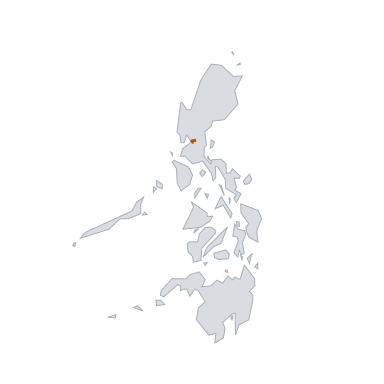 location of NCR, Third District, Valenzuela, Philippines, rotated 19°
{"feature_id": "2640588B11276327116073", "entity_name": "NCR, Third District", "entity_type": "district", "adm_level": 2, "iso_a3": "PHL", "parent_name": "Philippines", "parent_adm1": "Valenzuela", "projection": "mercator", "projection_center": [120.97, 14.71], "detail": "fine", "context": "in_parent", "style": "filled", "palette": "amber", "viewbox_px": 384, "rotation_deg": 19, "n_neighbors": 0, "source": "geoboundaries", "source_scale": "gbopen_adm2", "svg_char_len": 4915}
<svg xmlns="http://www.w3.org/2000/svg" viewBox="0 0 384 384"><g transform="rotate(19 192 192)"><path d="M178.6,62.6L193.4,69.3L201.7,65.9L199.5,82.4L206.8,93.7L199.1,113.1L188.4,118.3L188.7,123.7L184.4,130.9L190.4,142.9L189.1,146.1L191.8,154.6L200.7,159.4L200.4,155.0L208.9,151.5L215.0,154.2L218.3,163.1L222.2,161.4L222.6,156.8L232.5,161.3L232.3,163.7L227.2,165.3L232.5,172.9L231.9,176.2L239.0,177.7L237.3,187.2L233.7,184.7L235.1,180.1L222.5,177.5L219.5,169.4L208.3,159.9L205.7,160.3L209.7,170.4L208.4,174.5L203.9,167.8L192.0,159.3L183.4,165.2L173.5,160.4L169.4,162.0L169.0,154.2L175.4,144.8L168.4,140.0L168.5,148.1L165.5,148.7L161.8,141.8L158.4,140.6L152.3,111.7L153.4,110.2L159.9,116.0L164.1,114.7L163.9,83.0L168.7,64.8L178.6,62.6ZM265.3,244.1L279.6,253.7L281.9,260.2L278.6,267.4L283.1,269.6L284.9,275.3L287.3,294.4L279.6,302.3L279.6,313.1L272.3,292.7L269.6,294.1L263.5,305.5L267.6,310.0L269.2,319.7L262.8,327.3L260.6,317.9L254.5,321.8L237.7,311.2L235.8,299.5L240.2,291.4L229.5,283.0L226.1,283.2L224.0,291.2L218.2,285.3L213.2,288.8L212.2,284.9L208.7,284.1L199.3,300.4L195.7,300.0L195.0,295.4L201.3,280.4L214.5,276.2L217.3,270.6L224.9,265.2L233.1,270.7L232.2,278.4L240.1,274.7L244.2,267.3L250.6,268.1L253.4,259.8L258.8,261.9L260.1,258.7L265.9,259.0L265.3,244.1ZM222.7,253.8L216.2,258.1L213.6,252.9L207.6,249.6L204.4,242.7L205.8,239.9L213.4,237.4L212.7,229.0L216.0,221.3L221.4,219.1L226.4,220.5L227.6,223.4L219.5,241.9L222.7,253.8ZM260.7,188.0L266.6,194.9L265.7,207.0L270.6,218.0L260.6,216.1L256.7,212.1L254.3,207.7L255.9,203.5L245.0,195.6L242.0,187.2L260.7,188.0ZM194.8,201.7L213.1,206.9L214.2,210.1L219.4,208.2L218.7,213.2L211.7,222.5L195.5,230.2L198.5,206.0L194.8,201.7ZM125.7,254.1L101.6,272.0L104.2,265.0L141.4,229.5L143.0,219.5L147.9,212.6L147.4,219.9L150.6,229.1L140.7,237.9L132.6,240.9L125.7,254.1ZM164.7,167.9L180.6,169.6L187.0,175.7L187.3,185.8L181.3,194.3L175.1,188.4L169.7,175.0L163.5,170.0L164.7,167.9ZM247.5,212.1L254.6,211.4L256.5,214.7L256.2,223.3L261.3,233.0L258.8,235.3L255.7,231.8L256.5,238.5L251.6,235.8L251.7,223.4L249.3,219.8L245.0,220.5L242.7,208.2L247.5,212.1ZM223.6,250.2L224.0,239.8L236.9,213.5L236.2,231.1L230.2,236.6L223.6,250.2ZM247.9,243.5L238.6,247.2L234.9,246.7L232.5,242.8L242.8,235.9L247.6,238.6L247.9,243.5ZM221.0,186.9L236.9,199.4L237.0,203.8L225.7,194.3L219.4,200.3L221.0,186.9ZM243.1,165.5L239.6,167.6L236.9,164.9L240.6,156.4L244.4,160.7L243.1,165.5ZM202.9,307.3L195.6,311.0L193.1,306.1L197.6,304.5L202.9,307.3ZM154.5,192.7L161.3,194.3L163.0,198.5L157.0,198.6L154.5,192.7ZM194.8,167.4L198.7,169.0L196.6,174.2L193.1,171.7L194.8,167.4ZM177.4,317.4L184.8,320.5L174.2,320.3L177.4,317.4ZM269.7,240.9L265.8,236.8L269.2,230.3L268.8,234.2L269.7,240.9ZM199.3,185.5L196.7,196.6L194.9,192.0L196.5,186.6L199.3,185.5ZM160.1,332.6L160.6,335.9L153.2,337.9L160.1,332.6ZM197.1,137.4L196.9,142.5L195.1,144.6L193.3,136.7L197.1,137.4ZM210.4,224.2L207.1,230.6L207.1,226.9L210.4,224.2ZM157.5,200.4L155.7,205.0L154.0,199.7L157.5,200.4ZM248.2,209.0L245.7,209.2L243.3,205.5L246.3,205.1L248.2,209.0ZM208.4,188.8L208.4,192.9L204.8,189.5L208.4,188.8ZM279.2,243.2L275.6,242.4L277.3,238.0L279.2,243.2ZM217.2,176.1L223.6,184.5L215.4,176.2L217.2,176.1ZM156.9,227.7L152.7,230.0L153.8,226.3L156.9,227.7ZM229.3,253.7L228.5,257.2L226.1,255.4L229.3,253.7ZM230.4,186.3L231.7,191.3L228.6,185.0L230.4,186.3ZM98.8,281.7L96.7,281.4L97.1,278.3L98.8,278.0L98.8,281.7ZM252.1,256.4L249.3,256.6L249.1,254.7L250.7,254.4L252.1,256.4ZM271.5,300.1L269.5,297.9L270.1,295.6L271.5,296.7L271.5,300.1ZM161.0,161.7L162.2,164.5L158.8,161.2L161.0,161.7ZM260.6,236.8L261.7,240.5L258.6,236.0L260.6,236.8ZM196.2,55.4L193.0,57.8L195.3,54.3L196.2,55.4ZM199.9,157.0L195.6,154.8L195.6,153.3L199.9,157.0ZM184.4,46.1L187.2,48.8L184.0,47.0L184.4,46.1Z" fill="#d9dde1" stroke="#a8b0b8" stroke-width="1"/><path d="M174.8,143.7L174.8,143.8L174.9,143.7L174.9,143.8L175.0,143.9L175.1,144.0L175.3,144.2L175.2,144.2L175.3,144.3L175.4,144.5L175.5,144.5L175.6,144.8L175.7,145.0L175.8,145.0L176.0,145.0L176.2,144.9L176.3,145.0L176.3,144.9L176.4,145.0L176.5,145.0L176.4,144.9L176.5,144.8L176.5,144.7L176.6,144.4L176.7,144.2L176.8,144.2L177.0,144.0L177.1,143.9L177.0,143.7L176.9,143.5L177.0,143.5L176.9,143.5L176.9,143.4L177.0,143.3L177.0,143.2L177.3,143.0L177.3,142.9L177.5,142.8L177.8,142.8L178.0,142.9L178.2,142.7L178.3,142.6L178.5,142.5L178.5,142.4L178.6,142.2L178.6,142.3L178.5,142.2L178.5,142.3L178.4,142.3L178.4,142.2L178.2,142.1L177.9,142.2L177.7,142.0L177.4,142.0L177.4,141.9L177.3,142.0L177.3,141.9L177.3,142.0L177.2,142.0L177.1,142.3L176.8,142.5L176.7,142.6L176.4,142.5L176.3,142.8L176.2,142.8L176.2,143.0L176.3,143.2L176.2,143.2L175.9,143.2L175.9,143.3L175.7,143.2L175.8,143.2L175.7,143.2L175.5,142.9L175.4,142.9L175.3,143.0L175.2,142.9L175.1,143.0L175.3,143.3L175.4,143.5L175.5,143.5L175.6,143.8L175.4,143.8L175.3,143.7L175.2,143.6L175.0,143.4L174.9,143.4L174.9,143.5L174.8,143.7Z" fill="#f59e0b" stroke="#b45309" stroke-width="1.5"/></g></svg>